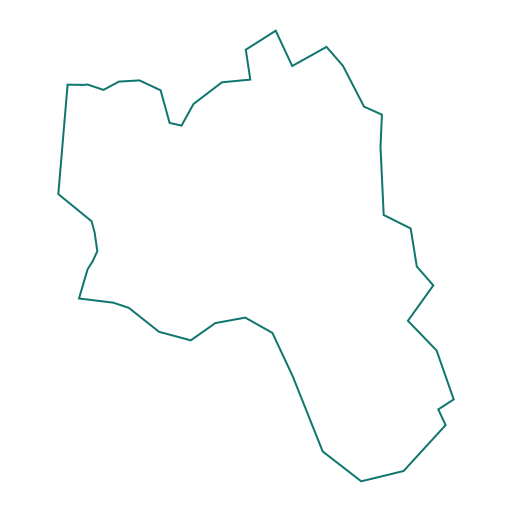 the Municipality of Auces
{"feature_id": "LVA-5740", "entity_name": "Auces", "entity_type": "Municipality", "adm_level": 1, "iso_a3": "LVA", "parent_name": "Latvia", "parent_adm1": "", "projection": "albers", "projection_center": [22.926, 56.453], "detail": "fine", "context": "isolated", "style": "outline", "palette": "teal", "viewbox_px": 512, "rotation_deg": 0, "n_neighbors": 0, "source": "natural_earth", "source_scale": "10m", "svg_char_len": 691}
<svg xmlns="http://www.w3.org/2000/svg" viewBox="0 0 512 512"><path d="M361.2,481.3L322.7,451.5L292.9,376.7L272.4,332.9L245.2,317.6L215.3,323.1L190.7,340.4L189.8,340.1L159.0,331.8L128.9,307.9L113.4,302.7L79.0,298.5L87.6,269.3L92.8,261.0L97.3,251.2L94.6,232.4L91.6,221.3L58.3,194.1L67.6,84.7L84.5,84.9L87.5,84.5L103.5,89.9L118.9,81.6L139.5,80.4L160.6,90.3L169.6,122.9L181.5,125.6L193.5,104.0L221.9,82.3L250.3,79.6L245.8,49.7L275.7,30.7L292.2,66.0L326.5,46.9L343.0,65.9L364.0,106.6L381.9,114.7L380.5,147.2L383.7,215.0L410.7,228.5L416.8,266.5L433.3,285.4L407.9,320.8L436.6,350.5L453.7,399.4L438.3,409.4L445.6,425.1L403.6,471.0L361.2,481.3Z" fill="none" stroke="#0f766e" stroke-width="2"/></svg>